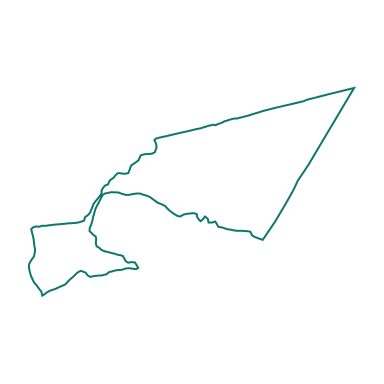 the district of Kuria East, Nyanza, Kenya, rotated 268°
{"feature_id": "3690345B78515474379979", "entity_name": "Kuria East", "entity_type": "district", "adm_level": 2, "iso_a3": "KEN", "parent_name": "Kenya", "parent_adm1": "Nyanza", "projection": "robinson", "projection_center": [34.625, -1.241], "detail": "fine", "context": "isolated", "style": "outline", "palette": "teal", "viewbox_px": 384, "rotation_deg": 268, "n_neighbors": 0, "source": "geoboundaries", "source_scale": "gbopen_adm2", "svg_char_len": 3642}
<svg xmlns="http://www.w3.org/2000/svg" viewBox="0 0 384 384"><g transform="rotate(268 192 192)"><path d="M184.2,93.7L183.0,93.0L182.2,92.6L181.4,92.3L179.3,91.4L177.0,90.3L175.4,89.6L174.0,88.6L172.5,87.1L171.4,85.5L170.4,84.2L168.9,83.7L167.1,83.1L165.8,78.8L165.3,75.7L165.2,74.4L165.1,71.8L165.0,70.5L165.0,67.4L164.7,63.6L164.5,59.9L164.1,52.4L163.7,47.9L163.3,44.6L163.5,41.2L162.6,37.9L163.0,35.0L162.4,32.3L161.5,31.2L160.6,30.0L157.2,30.7L153.6,31.5L150.0,32.1L147.2,32.3L146.0,32.4L145.1,32.4L142.9,32.7L139.9,33.2L136.6,32.7L133.0,31.7L129.2,28.8L126.1,26.9L123.3,26.4L119.4,26.8L115.4,27.7L113.1,28.4L109.6,29.9L107.3,30.9L104.2,33.4L103.5,33.8L100.5,35.9L97.6,38.0L93.7,38.7L94.3,39.9L95.0,41.2L96.3,42.7L98.4,46.8L99.7,51.5L101.4,55.6L102.7,58.6L103.0,59.5L103.9,61.8L104.7,62.9L106.6,64.6L107.3,65.3L109.6,67.9L111.4,70.3L113.4,72.4L115.1,74.3L116.1,75.8L117.1,78.3L115.1,82.9L112.5,84.6L110.7,87.3L111.4,91.2L111.7,94.6L111.8,99.1L112.8,103.7L114.8,106.3L115.5,109.6L116.2,112.4L116.6,115.6L116.7,119.4L117.8,122.6L118.1,126.5L117.4,130.0L116.8,133.4L118.0,135.6L120.9,134.1L123.6,132.5L124.0,129.0L123.6,125.8L125.0,123.5L128.0,121.9L130.5,120.7L131.4,118.0L131.6,116.7L131.9,115.5L133.0,112.7L133.9,109.2L135.0,105.9L135.7,102.8L137.2,99.6L139.4,97.4L141.1,94.7L144.6,94.1L148.4,94.6L150.6,94.3L152.9,91.7L156.5,88.3L157.3,88.3L158.7,88.5L160.0,88.6L162.1,89.8L164.6,90.7L167.2,91.5L169.2,92.0L170.6,92.3L171.3,92.6L173.7,93.4L175.9,94.1L176.6,94.3L177.8,94.7L178.4,94.9L181.5,96.6L187.7,100.1L192.1,102.6L193.5,104.9L194.6,111.2L194.1,118.4L192.6,122.0L191.5,125.4L191.3,128.7L191.9,132.2L192.4,136.3L192.3,139.9L191.0,143.1L189.9,146.7L188.2,150.1L185.8,153.1L183.9,155.5L182.4,157.4L181.0,160.9L179.1,164.5L176.4,166.7L173.7,169.5L170.9,173.0L168.7,176.4L167.9,179.3L169.3,181.9L169.7,182.7L170.2,185.0L170.4,186.9L170.5,188.6L170.6,189.7L170.9,192.7L169.7,196.0L166.9,196.3L164.6,197.6L162.5,199.6L164.5,202.0L167.0,204.2L164.6,206.9L160.9,207.5L160.8,211.4L161.7,214.1L159.5,215.5L156.3,217.1L155.4,221.3L153.6,225.9L153.0,229.5L152.2,232.4L151.7,235.3L151.5,238.3L151.5,241.0L151.3,242.1L151.1,243.5L150.9,246.3L150.2,249.0L146.5,250.5L144.7,253.6L143.2,257.1L141.7,261.0L159.9,274.3L176.0,284.6L190.0,293.2L199.7,298.2L215.2,309.4L233.5,321.1L261.6,339.2L290.3,357.6L284.9,331.7L280.1,309.8L278.9,307.0L273.3,278.7L270.6,266.2L268.6,259.1L268.4,258.0L268.2,257.1L267.8,256.1L267.6,255.1L267.3,253.8L266.8,252.5L266.3,250.5L265.9,248.6L265.3,245.9L264.8,243.6L264.5,241.9L263.8,239.0L264.0,238.0L263.9,236.8L263.7,235.4L263.4,234.0L263.0,232.6L262.7,231.3L262.3,230.0L261.9,228.7L261.8,227.7L261.4,226.5L260.5,225.1L260.1,223.7L259.6,222.5L259.2,221.3L259.0,220.3L258.5,219.2L257.9,217.8L258.4,216.2L258.4,214.8L257.4,210.2L257.2,209.3L256.8,208.4L256.5,207.3L256.4,206.4L256.2,205.6L255.7,204.3L255.5,203.4L255.3,202.3L255.1,201.3L254.7,198.7L254.4,197.2L254.1,195.4L253.8,194.2L253.4,192.5L253.1,190.7L252.8,189.1L252.5,187.9L252.0,184.7L250.9,179.4L250.2,175.5L249.4,171.6L248.6,167.6L248.3,166.0L248.2,165.0L247.9,163.8L247.4,161.0L246.9,159.1L246.7,157.8L245.2,156.2L243.2,157.1L241.1,157.9L237.6,158.1L233.1,156.3L231.9,153.9L231.6,152.5L231.5,150.7L231.6,149.6L231.6,148.2L231.3,145.2L230.4,142.1L228.3,141.0L225.6,139.7L224.2,137.8L222.3,134.9L220.9,132.4L219.1,131.4L216.9,130.7L214.5,129.5L213.1,128.9L212.9,127.9L212.5,125.1L212.9,123.7L212.9,122.3L213.3,120.9L213.4,118.6L211.6,116.3L209.1,114.3L206.3,110.1L202.5,108.3L201.4,105.2L199.3,103.3L196.6,101.6L194.3,101.7L193.3,101.2L192.2,100.6L191.0,99.6L189.3,98.1L187.5,96.5L185.8,95.0L184.2,93.7Z" fill="none" stroke="#0f766e" stroke-width="2"/></g></svg>